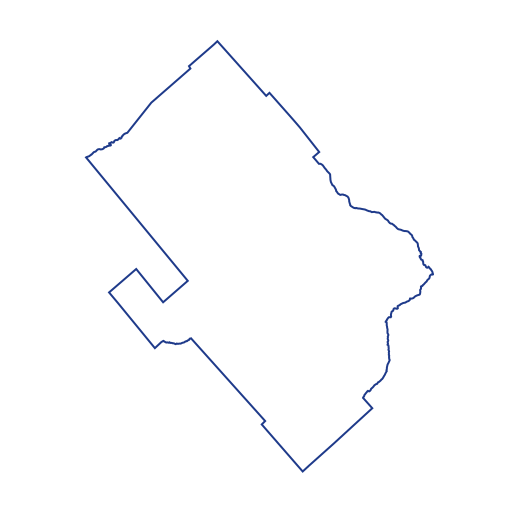 Rojas, Buenos Aires, Argentina (Natural Earth projection), rotated 5°
{"feature_id": "61730980B83932941288797", "entity_name": "Rojas", "entity_type": "district", "adm_level": 2, "iso_a3": "ARG", "parent_name": "Argentina", "parent_adm1": "Buenos Aires", "projection": "natural_earth1", "projection_center": [-60.686, -34.196], "detail": "fine", "context": "isolated", "style": "outline", "palette": "blue", "viewbox_px": 512, "rotation_deg": 5, "n_neighbors": 0, "source": "geoboundaries", "source_scale": "gbopen_adm2", "svg_char_len": 6108}
<svg xmlns="http://www.w3.org/2000/svg" viewBox="0 0 512 512"><g transform="rotate(5 256 256)"><path d="M195.7,48.9L172.7,72.7L174.3,75.0L138.3,112.4L117.1,144.5L115.6,145.1L115.2,145.4L114.8,145.5L114.0,146.1L112.6,147.7L112.5,148.2L112.1,148.5L111.8,148.9L111.8,149.2L111.8,149.8L111.4,150.1L111.1,150.7L110.7,150.9L109.7,150.4L109.2,151.0L109.0,151.5L108.6,152.0L108.1,152.2L107.7,152.6L107.2,152.6L106.0,152.8L105.2,153.4L104.8,153.9L104.6,154.8L104.2,155.4L103.5,155.3L103.2,155.5L102.7,155.5L102.2,155.2L101.3,155.9L101.0,156.3L100.4,156.3L99.9,156.5L99.9,157.0L100.4,157.4L101.6,157.8L101.7,158.4L101.2,158.7L100.6,158.6L100.1,158.8L99.8,159.1L99.0,159.2L98.7,159.4L98.0,159.6L97.7,160.1L97.0,160.5L96.6,160.7L95.4,160.9L95.2,161.5L95.1,161.9L94.6,162.4L93.4,163.1L91.8,163.4L91.2,163.2L90.5,163.2L89.4,163.5L88.9,163.8L88.4,164.3L87.4,165.6L87.0,166.0L85.8,166.4L85.2,166.9L84.8,167.3L84.5,167.9L84.1,168.2L83.5,169.1L82.9,169.4L82.7,169.8L82.2,170.1L81.4,170.9L80.8,171.3L80.1,171.5L79.8,171.8L78.6,172.2L78.1,172.6L190.2,286.7L167.5,310.2L137.8,279.4L112.8,305.1L122.5,314.8L163.3,356.6L169.3,349.9L169.9,349.5L171.1,348.6L171.5,348.7L172.0,349.2L172.7,349.4L173.6,349.9L174.6,350.0L174.9,349.8L175.4,349.8L176.5,350.0L177.3,349.5L177.5,349.6L177.7,349.9L178.1,350.1L178.5,349.9L178.9,349.9L180.0,350.0L180.5,350.2L180.9,350.1L181.4,350.2L181.9,350.2L183.5,350.8L183.8,350.8L184.4,350.3L184.8,350.1L185.3,350.3L186.0,350.3L187.1,350.0L188.7,349.8L189.5,349.3L190.2,348.9L190.5,348.8L191.8,348.4L192.5,347.9L192.7,347.6L193.0,347.4L193.6,347.1L194.2,347.0L194.3,346.8L194.6,346.7L194.8,346.7L195.0,346.4L195.3,346.1L196.6,345.4L196.8,345.1L197.0,344.7L197.0,344.4L197.1,344.2L197.4,344.1L197.6,344.0L198.1,344.0L198.5,343.7L279.5,419.6L276.4,423.3L321.3,466.6L327.1,460.2L349.3,436.6L385.1,397.5L375.0,388.0L375.2,387.3L375.7,386.7L376.0,386.0L376.0,385.6L376.2,384.9L376.8,384.1L377.3,383.2L377.9,382.4L378.9,380.9L379.3,380.6L379.8,380.8L380.5,381.0L381.2,380.5L381.6,379.9L382.0,379.3L382.2,378.4L382.6,377.9L383.5,377.0L384.3,376.0L384.8,375.2L385.1,374.6L386.6,373.3L387.9,372.7L388.3,371.7L388.7,371.1L389.4,370.8L390.9,369.3L391.5,368.5L391.7,368.1L392.4,367.6L393.2,366.2L394.1,364.2L394.5,363.5L394.8,362.8L395.2,361.6L395.9,360.0L396.3,359.3L396.2,358.9L395.9,358.5L396.2,357.3L396.1,355.9L396.2,355.1L396.5,352.7L397.2,351.1L398.2,348.3L398.2,347.9L398.0,347.4L397.6,346.9L397.6,345.9L397.4,345.5L397.3,344.8L397.4,344.0L397.3,343.4L396.9,342.9L397.0,342.0L396.7,340.4L396.9,339.5L396.7,338.9L396.1,337.9L396.3,337.3L396.2,336.0L396.0,335.4L395.9,334.3L395.6,333.4L394.8,333.0L394.8,332.6L395.0,332.3L395.1,331.6L395.1,331.4L394.8,330.9L394.6,330.1L395.0,329.4L395.1,328.7L394.8,327.8L394.5,327.3L394.4,326.9L394.5,326.0L394.5,325.4L394.3,324.7L394.7,323.6L394.7,323.1L394.6,322.6L394.0,321.8L393.7,321.3L393.6,320.4L393.6,319.9L393.5,319.5L393.5,317.9L393.3,317.2L392.9,316.1L392.8,315.4L392.7,314.8L392.3,313.9L392.2,312.7L392.0,311.3L391.9,310.8L390.9,310.3L391.0,309.8L391.5,309.2L391.9,308.6L391.9,308.0L392.4,307.3L393.0,306.2L393.7,305.4L394.3,305.3L395.5,305.3L395.9,304.7L395.8,304.1L395.6,303.3L395.5,302.6L395.7,301.4L396.0,299.6L397.4,298.5L397.7,296.8L398.2,296.2L398.7,296.0L399.7,296.1L400.2,296.2L401.1,296.3L401.8,295.8L401.7,295.1L401.5,294.1L401.5,293.6L402.1,293.1L403.5,292.4L403.8,291.9L404.2,291.5L406.7,290.0L408.8,289.4L410.4,288.2L411.9,287.6L413.1,286.2L413.1,285.1L413.2,284.9L414.3,284.9L414.8,284.9L416.2,284.3L416.7,283.9L417.8,282.6L418.4,282.1L420.1,281.1L420.5,281.0L421.3,280.6L422.0,280.4L422.4,280.1L422.7,279.5L422.8,278.1L422.8,277.1L422.5,275.8L422.6,275.2L423.1,274.5L423.2,273.8L423.2,272.8L423.0,272.5L423.0,272.0L423.8,271.5L424.2,271.4L424.5,271.1L424.7,270.5L425.1,270.2L425.5,269.8L426.9,267.9L427.4,267.3L427.8,266.9L428.2,266.5L428.6,265.5L428.8,265.1L429.5,264.3L430.0,263.9L430.4,263.3L430.7,262.8L430.8,262.3L430.9,261.1L431.0,260.5L431.3,260.1L432.0,259.4L432.4,259.1L432.8,259.1L433.6,259.1L433.9,258.9L433.9,258.5L433.5,258.0L433.3,256.9L432.9,256.1L432.3,255.3L431.8,254.8L431.6,254.3L431.1,253.8L430.5,253.5L429.8,252.6L429.2,252.0L428.7,251.7L428.4,252.2L428.3,252.5L427.9,252.7L427.2,252.7L426.5,252.3L426.1,251.6L425.9,251.3L425.5,250.5L425.1,250.3L424.0,250.2L423.5,249.6L423.1,248.1L423.1,247.6L422.9,246.9L422.5,246.5L422.5,246.1L422.4,245.7L421.4,245.3L420.9,245.2L420.5,244.7L420.1,243.7L419.9,243.4L419.4,243.2L419.3,242.8L419.1,242.4L419.0,242.0L419.1,241.6L420.3,241.4L420.5,241.0L420.4,240.5L420.6,239.5L419.9,238.9L420.0,238.1L419.8,237.5L419.2,237.4L418.9,237.0L418.8,236.7L418.0,236.1L417.8,235.4L417.7,234.6L417.4,233.8L416.5,232.2L416.4,231.2L416.0,229.5L415.5,228.7L414.1,227.6L413.2,226.8L411.8,225.9L411.3,224.8L410.1,223.4L409.9,222.5L409.4,221.6L407.7,220.4L406.8,219.5L405.8,218.7L405.1,218.3L404.2,218.2L403.0,218.1L401.9,218.2L401.0,218.1L399.5,217.8L398.7,217.4L397.1,217.1L396.0,217.0L395.2,216.8L394.0,216.0L393.0,215.0L392.3,214.4L391.4,213.9L390.9,213.3L390.4,213.1L388.7,212.0L387.6,212.0L386.4,211.5L385.6,210.7L385.2,210.4L384.5,209.3L383.6,208.7L381.4,207.6L378.1,204.2L377.3,203.8L376.1,202.8L375.2,202.3L373.8,202.0L372.9,202.2L372.1,202.0L371.2,202.0L370.3,201.7L369.0,201.9L367.5,202.2L366.0,201.5L364.7,201.5L362.2,200.8L361.0,200.3L359.5,200.1L358.1,200.0L355.5,199.7L354.3,199.7L353.6,199.8L351.9,199.4L351.4,199.7L350.9,199.7L350.5,199.5L349.8,199.7L348.1,199.0L346.9,198.3L346.1,197.9L345.4,197.2L345.3,196.3L344.9,195.7L344.7,195.1L344.1,193.5L344.0,192.5L343.6,191.2L342.9,189.7L341.9,188.7L340.8,188.3L339.9,187.8L339.2,187.6L338.2,187.5L337.4,187.2L336.1,187.3L335.3,187.6L334.6,187.8L333.8,187.3L332.7,186.9L332.1,186.4L330.9,184.9L330.5,184.6L330.1,184.1L330.1,183.5L329.7,182.7L328.1,180.3L327.5,179.6L326.4,178.9L326.0,178.8L324.2,175.8L323.9,174.9L323.5,173.5L323.3,172.0L323.1,170.9L322.9,169.4L322.7,168.2L322.0,167.4L319.5,165.3L318.3,163.8L316.9,162.5L314.7,159.9L313.7,159.2L312.9,158.8L312.1,158.5L311.3,158.6L310.7,158.7L304.4,152.5L309.9,146.9L288.5,124.1L280.9,116.7L255.2,92.3L252.2,95.6L198.8,45.4L195.7,48.9Z" fill="none" stroke="#1e3a8a" stroke-width="2"/></g></svg>